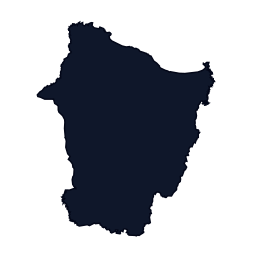 Lebak, Banten, Indonesia (Robinson projection), rotated 177°
{"feature_id": "22746128B73767534141998", "entity_name": "Lebak", "entity_type": "district", "adm_level": 2, "iso_a3": "IDN", "parent_name": "Indonesia", "parent_adm1": "Banten", "projection": "robinson", "projection_center": [106.147, -6.643], "detail": "fine", "context": "isolated", "style": "filled", "palette": "ink", "viewbox_px": 256, "rotation_deg": 177, "n_neighbors": 0, "source": "geoboundaries", "source_scale": "gbopen_adm2", "svg_char_len": 5789}
<svg xmlns="http://www.w3.org/2000/svg" viewBox="0 0 256 256"><g transform="rotate(177 128 128)"><path d="M190.1,38.3L188.9,37.9L188.5,38.7L187.9,37.8L187.5,38.2L187.2,37.7L186.7,37.8L186.5,37.1L185.7,37.4L185.9,35.6L184.4,35.9L183.8,34.8L184.1,34.0L181.8,32.7L173.7,33.6L171.6,32.6L166.4,34.9L165.6,34.2L161.1,34.4L160.8,32.7L159.5,32.1L158.8,30.5L157.4,29.8L157.1,30.2L155.3,30.0L155.5,28.9L154.4,27.5L151.9,27.8L151.7,26.6L150.8,25.9L150.8,24.7L149.8,24.1L145.8,25.6L145.9,26.7L145.4,27.0L143.4,26.4L143.6,25.7L145.2,24.8L145.2,23.6L141.5,22.8L141.1,23.2L141.2,25.1L139.8,25.6L138.5,24.8L137.9,27.0L136.4,27.6L134.0,26.4L134.3,24.6L135.0,23.7L133.6,23.3L133.6,21.9L132.6,21.0L126.6,20.4L125.3,19.9L124.2,20.5L122.5,20.2L120.1,21.6L119.8,22.4L119.1,22.1L118.9,22.6L118.0,22.7L117.7,23.3L118.5,24.3L117.8,26.5L118.2,27.8L116.3,29.7L116.5,31.3L115.6,31.1L113.6,31.8L112.3,31.4L110.7,32.3L111.3,37.8L110.5,39.9L110.6,41.3L109.5,41.4L109.0,40.9L109.6,42.9L109.5,44.7L110.4,45.5L110.9,46.7L109.7,49.1L108.3,49.4L108.4,51.1L107.3,53.6L107.2,56.4L106.3,58.0L106.1,59.9L104.4,61.4L104.1,60.7L103.0,62.4L101.1,62.5L99.0,61.3L98.3,58.6L97.1,58.3L96.9,57.6L95.3,57.4L95.2,57.7L94.6,56.8L93.5,56.7L92.1,58.2L88.1,57.9L86.1,60.9L82.8,63.8L82.5,66.8L81.5,67.8L80.6,70.5L78.7,71.8L78.2,74.2L78.4,76.6L78.0,77.2L76.8,77.2L76.2,77.8L73.9,83.4L73.4,83.1L72.8,83.6L71.5,85.9L73.9,89.7L73.2,90.4L72.6,92.1L71.0,91.7L72.0,96.9L70.3,97.7L69.4,97.4L69.0,97.7L69.6,99.1L69.2,100.6L68.1,101.5L68.4,103.1L68.1,104.5L66.5,106.2L65.0,105.9L63.3,109.7L62.4,110.2L61.7,109.6L60.5,112.6L60.0,112.8L59.5,114.2L58.3,114.9L58.1,118.9L57.4,119.0L56.8,119.8L57.7,120.0L57.6,121.9L58.0,122.4L59.8,122.7L60.6,123.8L60.5,125.8L61.2,128.5L60.7,129.2L60.8,132.5L59.6,134.0L59.0,136.7L59.5,141.3L59.0,142.2L57.9,142.5L57.9,143.2L56.6,144.5L56.6,147.3L55.3,148.3L53.8,151.0L52.1,151.1L52.0,150.5L50.4,150.4L50.3,150.9L49.8,151.0L50.1,150.6L49.6,149.7L49.7,149.0L50.8,149.3L51.9,149.0L52.9,147.9L51.3,149.1L50.5,149.1L51.0,148.6L51.0,148.3L49.5,149.0L49.1,147.1L50.0,147.1L50.1,146.8L48.9,146.9L48.7,147.9L49.1,148.1L49.3,150.1L48.4,149.5L48.0,147.2L47.9,148.8L47.4,148.4L47.8,149.0L47.4,148.9L47.5,149.4L47.1,149.0L47.2,147.5L46.9,147.1L47.1,147.6L46.4,148.2L46.8,148.6L46.2,148.8L47.2,149.2L47.1,149.9L48.1,150.2L46.8,152.9L46.7,154.5L47.4,154.5L47.5,156.1L47.1,156.1L47.4,156.8L46.8,157.1L47.0,157.6L46.5,157.6L46.0,158.2L46.3,158.8L45.7,158.9L46.1,159.4L45.4,159.2L45.1,160.5L45.5,161.0L45.1,161.0L45.5,161.9L44.6,162.1L45.1,162.7L44.6,163.8L44.9,164.8L44.3,164.4L43.2,165.6L42.7,165.3L42.9,166.1L42.2,165.9L42.2,166.6L41.7,166.4L41.9,167.0L40.8,168.0L40.3,169.8L39.2,169.9L39.5,170.6L40.4,170.7L40.3,172.5L41.5,171.8L41.5,173.8L42.4,173.1L43.2,174.0L42.3,174.8L43.2,176.7L42.7,177.4L42.0,177.4L42.4,178.3L40.9,177.8L41.0,178.8L41.6,179.7L42.5,179.1L43.6,179.8L42.6,181.0L43.3,182.4L43.8,182.2L44.0,180.9L46.0,181.9L44.7,182.6L44.8,184.1L45.5,184.4L45.3,185.0L43.8,185.0L43.9,185.9L44.6,186.2L44.7,186.7L43.8,189.2L45.8,189.4L48.3,187.7L49.3,188.6L49.5,187.8L47.6,186.0L47.4,184.4L47.9,183.5L50.6,181.6L55.3,180.2L68.3,179.4L74.0,179.9L83.0,182.0L83.7,181.6L85.3,182.8L87.7,183.6L92.5,186.2L93.3,187.2L93.4,188.3L96.0,191.3L98.8,193.5L101.3,198.6L103.0,199.1L103.5,199.9L104.1,200.0L104.3,200.8L105.0,200.7L106.3,201.9L107.2,201.7L107.9,202.4L112.2,204.0L113.4,205.8L115.9,207.1L117.5,206.9L120.0,208.7L121.8,208.6L122.1,209.2L125.6,209.0L129.6,210.2L139.7,215.8L141.7,218.1L142.1,220.8L140.5,221.8L140.0,222.8L140.8,223.9L141.7,224.5L143.6,224.2L145.3,224.9L146.2,226.4L146.9,226.6L146.7,227.6L147.1,228.5L150.8,230.2L151.7,228.5L156.6,229.8L158.6,232.1L157.9,234.9L159.2,235.1L161.6,234.2L162.4,232.5L163.1,232.9L163.1,233.8L164.6,233.8L165.6,232.4L166.2,232.3L167.9,233.4L167.8,235.6L170.4,234.6L171.2,235.2L170.9,236.1L172.2,235.4L173.1,233.5L173.3,234.2L174.2,234.5L175.6,233.3L176.2,233.7L176.2,234.7L177.8,234.9L178.0,233.1L178.9,232.8L179.4,233.5L180.9,231.7L181.3,231.9L181.2,231.2L182.3,229.9L181.9,229.6L182.0,228.6L181.3,228.4L181.1,227.6L181.3,225.4L181.8,225.1L180.9,224.0L181.7,223.9L181.5,222.8L181.8,222.4L180.2,218.7L180.7,217.9L180.6,215.8L182.4,214.8L182.6,213.3L183.0,213.2L183.0,212.0L182.4,211.6L182.2,208.7L180.9,207.4L181.1,206.2L183.4,204.9L184.6,201.8L188.2,200.0L188.1,198.2L189.7,196.6L189.6,195.5L190.6,195.3L191.3,194.5L191.6,193.0L190.9,192.4L191.5,190.6L191.3,189.6L192.4,187.4L192.3,185.5L193.0,184.1L192.5,183.3L192.9,182.4L192.6,181.6L193.8,181.3L194.1,180.3L195.5,181.2L196.3,180.5L197.1,179.6L196.9,178.4L198.3,176.7L199.6,176.1L200.0,176.5L201.3,175.5L201.8,175.8L202.1,175.0L202.5,175.5L202.6,174.8L204.2,174.1L205.9,174.0L206.2,174.4L206.8,174.0L206.7,173.3L209.1,172.9L211.7,169.9L214.0,168.7L216.8,165.8L216.4,164.2L213.7,163.3L209.7,161.2L200.8,160.7L199.9,156.4L197.4,154.6L196.5,153.4L196.7,149.6L196.1,147.4L192.6,143.7L190.8,139.8L190.7,137.0L191.4,130.9L191.1,122.4L191.4,121.9L190.7,120.5L190.3,118.1L191.1,112.0L189.5,105.4L187.3,102.6L189.2,99.8L187.2,97.9L185.3,95.0L185.0,91.7L184.3,91.2L183.9,89.5L184.6,83.4L185.6,82.2L186.4,79.3L186.1,74.6L185.0,72.4L184.2,72.1L184.3,71.3L183.3,71.0L183.3,70.1L184.8,70.5L189.6,69.0L193.7,69.3L194.3,67.8L193.8,67.5L193.3,67.9L193.1,67.5L194.0,66.6L194.7,66.6L195.4,64.8L196.4,64.4L195.8,63.3L197.2,62.7L196.4,62.3L197.6,62.3L196.3,60.6L195.4,61.1L194.9,60.9L195.4,60.0L197.4,59.8L197.4,58.3L196.3,58.0L196.6,56.2L195.6,57.3L194.8,56.5L194.8,55.6L193.5,55.4L193.2,54.0L194.2,53.6L194.2,53.0L193.7,53.4L192.1,52.3L192.3,51.8L193.2,52.4L193.0,51.5L192.4,51.1L193.1,50.4L192.0,49.5L191.5,47.1L190.3,47.0L191.2,46.0L190.6,44.8L191.5,44.0L191.0,42.9L191.2,41.1L190.6,41.0L190.2,40.1L190.8,39.1L189.8,38.9L190.1,38.3ZM146.0,227.4L146.1,226.9L146.1,226.5L145.9,226.8L146.0,227.4Z" fill="#0f172a" stroke="#020617" stroke-width="1.5"/></g></svg>